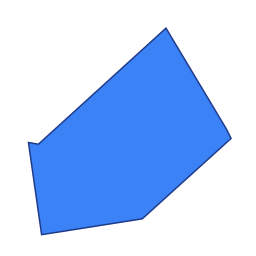 outline of Somervell, Texas, United States of America, rotated 172°
{"feature_id": "52423323B18632711548456", "entity_name": "Somervell", "entity_type": "district", "adm_level": 2, "iso_a3": "USA", "parent_name": "United States of America", "parent_adm1": "Texas", "projection": "equal_earth", "projection_center": [-97.793, 32.203], "detail": "fine", "context": "isolated", "style": "filled", "palette": "blue", "viewbox_px": 256, "rotation_deg": 172, "n_neighbors": 0, "source": "geoboundaries", "source_scale": "gbopen_adm2", "svg_char_len": 261}
<svg xmlns="http://www.w3.org/2000/svg" viewBox="0 0 256 256"><g transform="rotate(172 128 128)"><path d="M27.4,103.3L30.5,112.8L76.5,221.6L219.0,124.4L228.6,127.5L228.4,34.4L126.5,36.1L27.4,103.3Z" fill="#3b82f6" stroke="#1e3a8a" stroke-width="1.5"/></g></svg>